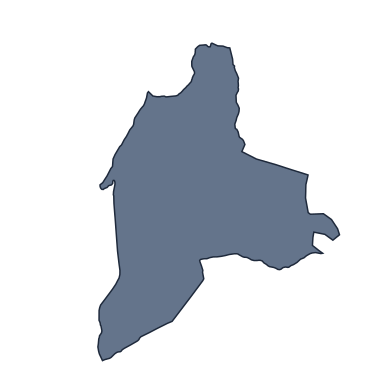 outline of Bikoro, Équateur, Democratic Republic of the Congo, rotated 345°
{"feature_id": "63176286B68262610189121", "entity_name": "Bikoro", "entity_type": "district", "adm_level": 2, "iso_a3": "COD", "parent_name": "Democratic Republic of the Congo", "parent_adm1": "Équateur", "projection": "orthographic", "projection_center": [18.187, -0.751], "detail": "fine", "context": "isolated", "style": "filled", "palette": "slate", "viewbox_px": 384, "rotation_deg": 345, "n_neighbors": 0, "source": "geoboundaries", "source_scale": "gbopen_adm2", "svg_char_len": 4089}
<svg xmlns="http://www.w3.org/2000/svg" viewBox="0 0 384 384"><g transform="rotate(345 192 192)"><path d="M263.4,61.7L259.7,59.1L254.7,57.5L249.8,53.4L249.4,53.5L248.9,53.6L247.2,56.4L245.9,56.2L244.9,55.5L244.0,53.8L243.0,53.3L241.7,53.1L237.3,52.3L235.0,53.2L232.2,54.9L231.7,56.7L231.6,56.8L231.3,57.8L231.3,58.1L231.0,58.6L230.2,60.1L228.2,61.9L225.6,65.7L224.6,69.5L224.4,70.8L224.9,73.5L225.5,76.5L225.2,77.8L225.0,78.4L224.9,78.5L223.9,79.5L223.5,79.8L222.4,81.2L221.9,81.8L221.5,82.7L220.6,83.8L220.1,84.9L219.4,85.5L218.3,86.2L217.5,86.7L216.5,87.5L215.4,88.0L214.1,88.7L213.3,89.4L210.4,90.9L209.4,91.6L208.9,92.0L208.2,92.4L207.6,92.8L206.5,93.4L205.7,93.6L205.2,93.7L203.2,94.9L201.2,95.0L195.9,94.1L193.0,93.7L191.5,93.4L190.0,92.2L186.9,91.6L185.9,91.7L185.2,91.5L182.8,90.9L179.8,89.5L179.1,89.2L175.9,83.8L174.6,84.8L172.4,89.4L169.7,93.3L169.0,94.4L167.5,96.1L167.2,96.3L166.4,96.8L163.8,98.6L162.5,99.7L160.4,101.7L157.6,104.2L155.9,105.7L155.6,106.2L154.9,107.3L153.1,111.6L152.0,113.0L148.0,115.9L145.7,118.5L144.8,119.5L144.2,120.1L143.1,121.3L140.1,123.9L136.1,128.3L134.1,129.4L133.9,129.5L133.6,129.8L127.7,135.6L127.3,136.0L124.3,139.7L121.8,146.8L121.4,147.1L119.7,148.3L114.1,154.5L111.2,157.1L108.2,159.9L107.7,160.1L105.1,161.2L104.7,162.4L104.7,163.3L104.7,164.2L105.2,165.5L105.4,165.8L105.6,166.1L107.0,166.6L107.9,166.1L108.2,166.0L108.9,165.9L109.7,165.8L110.8,165.7L111.0,165.7L112.0,165.1L113.1,164.3L114.3,164.3L116.0,164.3L117.2,163.5L117.6,163.2L118.3,161.1L119.0,160.4L119.3,160.6L119.8,160.7L120.1,161.5L120.0,163.1L119.6,164.6L116.2,171.6L116.1,172.0L115.9,172.6L115.6,173.5L115.3,174.3L115.4,175.2L115.4,175.6L113.6,183.1L111.8,192.8L110.9,197.8L104.8,229.7L103.0,242.1L102.1,249.1L101.0,253.0L99.3,256.2L97.1,258.5L94.5,261.4L89.8,265.5L82.1,271.6L78.9,274.1L74.5,277.5L73.8,278.5L72.9,279.8L71.6,282.4L69.0,291.9L69.2,293.1L69.4,294.5L69.3,295.5L69.1,296.8L69.3,297.5L69.4,298.0L69.1,302.2L69.0,302.9L68.3,304.3L68.0,304.8L66.9,305.7L65.4,307.0L64.9,308.3L63.9,309.8L62.3,314.2L61.0,317.3L60.6,321.5L60.6,324.4L61.9,331.7L64.6,331.3L69.4,331.3L71.1,330.8L75.5,328.3L78.1,327.4L79.5,327.4L81.4,327.7L82.2,327.5L83.8,326.3L86.1,325.5L93.5,323.7L100.9,321.7L102.5,320.8L103.5,319.6L105.1,318.6L106.5,318.3L114.6,316.7L123.0,314.8L134.2,312.5L139.3,311.8L163.6,293.0L178.9,280.9L179.5,280.4L180.9,278.9L181.0,277.8L181.2,274.7L181.4,272.3L182.2,270.4L182.1,268.6L182.0,265.9L181.6,261.3L181.7,260.1L182.7,259.4L183.9,259.4L185.6,259.5L186.4,259.6L189.2,260.3L192.1,260.0L195.8,260.2L198.5,260.9L199.3,261.1L203.5,261.7L207.9,262.0L211.6,262.0L216.8,262.6L219.5,263.3L220.4,263.9L221.3,264.9L222.9,266.4L224.0,267.5L225.5,268.5L226.8,268.9L228.3,269.5L230.2,271.2L231.8,272.9L234.3,274.3L237.1,275.0L237.8,275.1L238.6,275.2L240.2,275.6L240.5,275.8L241.4,276.4L242.0,276.8L242.3,277.4L243.2,279.2L244.5,280.5L245.3,281.4L245.4,281.5L246.0,282.6L247.2,283.8L247.5,284.1L251.4,286.0L253.1,287.2L254.9,289.0L256.6,289.7L258.0,289.6L260.2,288.6L262.7,288.6L264.2,289.2L265.0,289.6L266.1,289.7L268.5,288.7L271.2,288.4L274.9,287.3L275.4,287.1L279.4,285.0L281.9,284.7L282.5,284.6L283.0,284.6L284.2,284.0L284.6,283.9L285.1,283.6L286.3,283.1L290.1,282.1L292.5,282.0L295.7,282.5L300.5,284.8L302.2,285.0L302.4,285.0L299.5,281.5L294.5,274.8L297.0,267.3L299.3,262.3L309.4,267.3L315.6,275.0L315.8,274.9L323.4,271.5L323.1,265.2L319.6,254.7L317.0,251.5L313.3,247.0L300.6,244.1L298.9,242.0L300.1,227.2L302.0,220.9L302.7,218.4L303.9,214.4L307.6,207.4L308.5,205.6L307.5,204.9L294.1,196.4L290.1,193.8L289.9,193.7L286.1,191.2L280.7,187.7L262.7,176.8L250.6,165.9L255.4,159.8L255.0,155.9L254.4,154.2L252.1,151.5L251.9,150.4L252.1,145.9L251.5,143.1L250.9,142.6L250.3,141.8L250.4,140.8L250.9,137.6L251.0,137.4L253.2,134.2L254.5,131.7L257.0,128.6L258.3,126.3L259.3,123.3L258.8,119.9L258.0,116.9L259.5,110.0L260.5,108.8L261.6,107.5L262.8,106.4L263.6,104.5L263.5,103.1L264.0,102.1L264.3,101.4L264.8,99.1L265.1,97.1L266.4,94.1L265.8,89.0L265.2,86.1L265.1,82.5L265.7,81.4L264.6,79.5L265.6,74.1L265.8,62.6L263.4,61.7Z" fill="#64748b" stroke="#1e293b" stroke-width="1.5"/></g></svg>